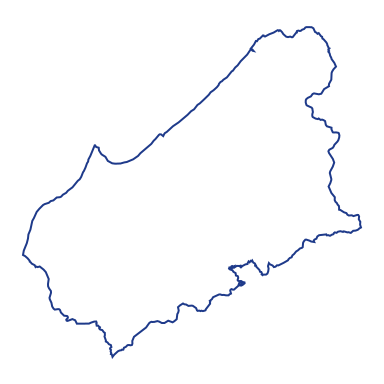 Jama, Manabi, Ecuador (Mercator projection)
{"feature_id": "8360857B32343432212573", "entity_name": "Jama", "entity_type": "district", "adm_level": 2, "iso_a3": "ECU", "parent_name": "Ecuador", "parent_adm1": "Manabi", "projection": "mercator", "projection_center": [-80.22, -0.215], "detail": "fine", "context": "isolated", "style": "outline", "palette": "blue", "viewbox_px": 384, "rotation_deg": 0, "n_neighbors": 0, "source": "geoboundaries", "source_scale": "gbopen_adm2", "svg_char_len": 5928}
<svg xmlns="http://www.w3.org/2000/svg" viewBox="0 0 384 384"><path d="M358.3,215.0L357.3,214.9L353.5,216.1L351.8,215.3L348.8,215.5L347.4,214.7L346.4,213.1L344.0,212.3L340.4,210.0L339.1,209.7L339.1,207.5L338.8,205.8L337.6,204.6L336.9,203.1L335.5,201.8L334.7,200.1L334.8,197.2L331.4,193.0L328.6,186.5L330.3,183.1L331.3,180.0L331.3,178.9L329.8,173.0L330.2,171.4L332.8,166.6L334.2,162.6L332.9,159.0L329.0,153.0L328.4,151.2L329.3,149.7L332.7,147.9L333.7,146.5L334.4,144.8L337.5,141.5L338.4,140.0L339.2,137.4L339.4,135.4L338.8,133.2L338.3,132.8L336.1,132.4L333.8,132.5L332.8,132.3L331.5,129.5L331.5,127.7L326.9,126.3L325.8,124.8L325.1,121.1L323.5,120.1L322.1,119.6L320.6,119.9L318.7,118.5L317.9,119.1L315.6,118.6L312.7,117.0L312.3,116.0L312.3,114.2L312.9,112.1L312.3,108.5L311.6,107.6L307.0,105.5L306.4,104.9L305.7,102.4L305.8,100.1L306.3,99.1L307.9,97.8L310.9,96.4L312.6,94.0L314.0,93.4L318.9,94.3L321.3,93.7L324.1,89.1L329.0,86.2L328.8,85.6L329.1,83.7L331.3,79.7L331.6,73.0L332.1,71.6L333.5,69.3L336.0,66.6L334.3,62.8L331.6,59.1L331.2,57.6L330.2,55.8L329.6,53.3L328.4,51.8L329.1,51.0L328.3,49.9L329.4,48.4L328.5,48.0L328.1,46.5L327.4,45.4L327.2,44.1L326.4,42.5L323.6,39.3L322.4,38.5L322.1,36.8L321.0,36.2L318.7,33.1L317.5,33.8L316.4,32.6L315.1,32.0L313.4,28.3L311.6,27.2L306.5,27.1L305.4,27.5L304.1,29.0L302.1,29.7L300.8,30.8L299.8,31.0L298.4,30.6L297.0,31.0L296.7,31.6L296.9,32.5L296.0,32.9L292.8,37.0L292.0,37.3L290.2,36.6L288.0,37.1L286.2,36.7L283.3,34.1L282.1,32.2L280.6,30.6L279.9,30.2L278.9,31.0L278.3,30.3L277.6,30.2L273.6,32.6L269.4,34.2L265.1,36.5L264.2,36.3L263.7,35.5L263.0,35.4L259.7,38.7L258.4,39.0L257.0,41.2L255.9,41.0L254.0,44.6L250.8,48.6L252.4,49.6L253.6,51.0L252.7,50.8L250.8,49.2L247.2,54.6L240.7,61.2L237.6,65.4L235.2,67.5L232.9,70.7L231.7,71.4L226.9,77.4L223.4,79.7L222.0,81.2L220.5,82.0L219.0,83.8L218.6,85.1L216.9,87.2L213.6,90.2L210.6,92.3L208.8,94.8L204.5,99.0L199.8,103.4L197.5,104.9L194.1,109.3L191.1,111.2L187.6,114.8L178.6,122.4L173.0,126.2L166.7,132.0L165.0,133.0L164.4,133.7L163.2,136.1L161.1,134.4L159.8,134.3L159.0,134.8L155.4,139.1L153.7,140.7L151.3,143.9L140.4,153.2L138.1,155.9L133.2,159.3L126.8,162.0L124.4,162.4L120.5,163.5L115.2,163.7L112.2,163.3L107.8,160.9L105.4,156.8L101.9,154.6L101.1,153.8L99.0,150.4L98.7,147.7L96.2,147.0L95.1,145.3L94.7,145.3L90.3,156.0L88.4,159.5L88.1,161.6L87.0,163.3L85.5,167.5L83.9,171.0L83.0,172.3L81.2,176.9L79.7,179.3L77.8,180.8L72.5,187.3L67.8,190.8L66.2,192.8L62.9,194.7L61.2,196.6L59.9,197.2L56.7,197.5L53.4,200.4L50.7,201.1L48.8,202.8L44.7,204.1L43.1,205.0L39.4,208.7L36.7,211.9L33.9,218.1L32.3,220.9L30.4,229.7L28.4,234.5L28.0,238.5L26.8,243.2L23.8,250.6L23.0,255.0L25.1,256.1L27.6,258.3L29.7,260.8L29.7,261.6L30.8,262.4L31.7,263.6L34.7,265.2L35.6,267.1L36.5,266.6L37.7,267.1L39.7,266.5L43.6,269.6L45.8,272.1L48.7,279.0L48.0,284.0L48.1,286.3L49.0,288.3L50.9,291.0L51.0,292.8L49.5,297.8L49.8,299.3L51.4,302.7L52.2,306.5L53.6,308.7L54.8,309.6L58.1,309.1L59.3,309.3L60.0,310.0L60.9,312.5L64.1,315.7L67.0,316.0L67.6,316.5L67.9,317.4L67.7,318.1L66.3,319.6L66.5,320.5L66.9,320.8L67.6,320.9L72.4,319.1L75.2,320.3L76.9,323.7L89.0,323.6L91.1,322.6L94.1,321.6L96.2,321.5L96.6,322.5L96.6,323.4L96.3,323.6L96.7,325.7L98.2,325.7L98.6,326.3L100.0,327.3L99.8,327.8L99.2,328.2L99.7,329.2L100.4,329.6L102.3,330.1L103.8,332.2L104.8,332.8L104.9,335.2L104.5,336.5L105.9,340.5L105.8,341.5L107.5,342.4L108.9,344.2L110.9,345.1L111.4,347.1L110.3,347.9L110.0,348.8L111.0,350.0L110.6,351.3L111.2,352.9L110.9,354.1L111.8,354.4L112.5,356.9L114.2,354.7L117.9,351.3L119.6,350.5L121.5,350.2L121.8,349.7L123.3,349.7L124.0,347.7L125.8,346.9L127.5,345.2L129.0,345.0L130.5,345.3L131.9,345.0L132.4,343.7L132.3,340.9L134.0,336.8L146.1,327.5L149.2,323.1L150.4,322.2L151.6,321.8L152.3,322.0L154.3,321.9L157.4,321.1L159.2,321.6L161.8,323.0L164.5,323.0L168.2,320.7L172.6,322.3L174.2,321.3L176.7,319.2L177.3,314.1L178.2,312.5L178.7,310.5L178.0,307.2L180.1,305.3L183.0,303.5L184.3,304.3L186.1,304.5L188.4,305.9L191.7,305.6L192.8,305.8L196.1,308.1L197.0,310.4L197.7,310.9L199.1,310.6L200.6,311.1L201.4,310.7L202.9,311.1L204.8,310.6L205.5,310.3L205.8,309.3L210.1,303.7L209.9,302.7L210.3,301.6L209.8,300.9L211.9,299.2L213.1,297.2L219.0,294.5L220.1,294.4L222.0,295.0L223.9,294.9L225.8,295.3L228.6,295.3L229.5,294.3L231.0,293.6L230.2,290.6L230.6,289.6L231.6,289.1L233.0,289.7L234.0,289.6L238.2,285.9L239.3,282.8L240.4,282.5L241.8,283.0L242.0,283.7L241.5,284.3L240.4,284.8L240.3,285.5L241.2,285.6L242.5,285.0L244.6,283.3L244.5,282.4L242.7,282.0L241.1,281.0L239.1,281.1L238.1,280.8L237.6,280.0L238.2,278.0L238.1,277.0L237.7,276.1L235.9,275.5L235.6,273.1L233.4,271.8L232.5,270.3L229.9,269.4L229.0,268.6L229.4,267.5L231.4,268.3L232.0,268.2L232.1,267.7L231.0,267.0L231.5,266.3L232.2,266.0L233.2,266.5L234.3,266.1L233.7,267.7L233.9,267.8L236.8,265.9L239.4,266.0L240.8,265.6L241.0,265.8L240.6,267.2L240.9,267.4L242.4,266.0L245.4,264.4L247.5,264.0L247.7,263.1L248.6,261.4L249.6,262.3L250.8,260.8L251.6,261.3L252.2,260.5L253.2,262.5L254.9,263.5L255.2,264.1L255.1,265.6L256.1,265.6L256.2,266.6L259.4,269.9L260.1,271.8L261.3,272.0L261.9,273.3L261.6,274.4L262.6,275.1L262.9,274.6L266.0,274.6L267.4,273.6L268.2,271.4L268.6,268.6L268.0,266.1L268.9,263.1L269.9,264.3L272.6,265.5L273.9,267.1L275.5,266.7L277.0,265.3L278.4,265.4L283.5,262.9L288.0,260.3L288.4,259.4L289.8,258.0L291.6,257.3L292.4,255.4L294.1,254.0L296.1,251.5L298.0,250.3L299.9,248.5L302.0,247.8L302.7,247.2L303.1,242.8L303.8,241.4L305.3,239.7L306.2,239.6L309.4,240.6L311.1,241.5L314.2,242.0L313.8,241.2L313.9,240.3L314.6,239.5L316.4,238.7L317.3,236.5L319.1,235.2L326.3,234.4L326.7,235.3L328.6,235.2L329.5,235.7L330.3,235.7L331.6,234.8L333.4,234.2L333.9,233.1L334.8,232.4L336.6,232.8L338.0,231.7L340.4,231.2L343.0,231.9L343.4,231.4L344.4,231.5L347.4,232.4L348.4,232.2L350.8,232.9L353.2,230.8L355.6,230.6L357.8,229.8L359.5,228.3L361.0,227.5L360.1,224.7L360.3,221.8L358.8,219.3L359.1,216.4L358.3,215.0Z" fill="none" stroke="#1e3a8a" stroke-width="2"/></svg>